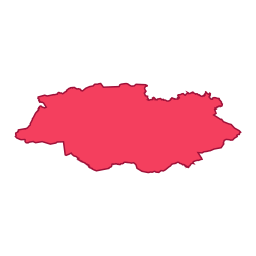 Taurenes pag., Vecpiebalgas, Latvia
{"feature_id": "27541924B70861266122116", "entity_name": "Taurenes pag.", "entity_type": "district", "adm_level": 2, "iso_a3": "LVA", "parent_name": "Latvia", "parent_adm1": "Vecpiebalgas", "projection": "natural_earth1", "projection_center": [25.678, 57.137], "detail": "fine", "context": "isolated", "style": "filled", "palette": "rose", "viewbox_px": 256, "rotation_deg": 0, "n_neighbors": 0, "source": "geoboundaries", "source_scale": "gbopen_adm2", "svg_char_len": 5656}
<svg xmlns="http://www.w3.org/2000/svg" viewBox="0 0 256 256"><path d="M38.5,109.9L37.3,111.2L37.5,111.2L35.6,113.1L33.2,117.8L32.5,118.5L32.3,119.8L30.2,123.8L30.3,124.8L30.1,125.2L29.3,125.7L28.2,127.1L27.3,128.0L25.3,128.9L25.2,128.7L18.4,129.9L18.2,130.6L18.4,131.1L18.1,131.6L17.7,131.7L17.6,132.1L15.7,133.1L15.7,134.3L16.1,135.0L16.1,135.5L15.4,136.4L16.7,137.9L20.0,139.4L21.2,139.7L24.8,139.5L25.2,139.9L25.0,141.2L25.4,142.0L26.1,142.7L27.2,142.9L27.6,142.7L28.2,142.8L29.4,142.1L33.3,141.5L33.6,141.8L35.6,142.7L42.2,141.6L50.3,144.1L55.9,143.0L57.2,142.0L63.5,141.8L65.2,154.8L66.1,155.3L69.0,154.2L71.2,153.1L72.3,154.6L73.9,155.9L76.3,156.6L77.3,157.5L77.5,158.0L78.7,158.3L78.6,158.6L78.2,158.7L78.2,158.8L77.8,159.1L78.2,159.3L78.2,159.6L78.6,159.6L78.6,159.8L79.4,160.3L80.0,160.4L80.1,160.8L81.0,161.0L80.9,161.2L81.1,161.4L81.3,161.3L81.4,161.6L82.0,161.4L82.9,162.2L83.7,162.3L84.1,162.6L84.9,162.8L85.2,163.4L85.9,163.7L86.1,164.0L86.9,164.5L87.1,164.8L87.5,164.8L87.6,164.5L87.8,164.6L88.0,164.9L88.5,165.1L88.3,165.2L88.2,165.7L88.5,165.8L88.6,166.1L89.2,166.6L88.9,166.7L88.9,167.0L89.7,167.6L89.9,167.6L90.0,167.8L92.1,168.5L92.0,168.8L93.6,169.7L96.4,170.8L108.9,168.4L109.2,167.7L111.4,166.6L111.5,166.4L112.1,164.1L112.9,164.0L113.3,164.3L113.7,164.0L115.1,164.1L115.5,163.7L116.7,163.8L117.2,164.3L118.2,164.1L118.9,164.5L120.2,164.5L120.4,164.1L120.9,163.7L122.0,163.8L122.9,163.5L123.5,163.2L123.7,162.6L124.9,162.2L127.1,162.4L127.1,162.5L129.8,162.7L131.4,163.1L133.6,162.7L135.7,164.4L136.1,165.2L137.0,168.3L142.0,171.3L147.9,172.5L148.9,172.5L150.3,172.0L152.3,172.2L154.2,171.4L154.9,171.4L155.9,172.1L158.8,172.4L161.0,170.6L163.4,170.9L165.4,169.8L168.9,166.9L170.5,165.9L171.7,164.3L173.4,163.7L174.5,163.6L175.2,163.3L175.8,163.4L176.1,162.9L177.5,162.3L178.8,162.4L179.9,163.4L181.6,163.8L182.5,164.7L182.9,164.8L183.6,164.5L184.1,164.7L184.3,165.0L184.8,165.1L184.8,165.3L185.0,165.4L185.2,165.7L185.5,165.8L185.3,166.0L185.3,166.3L186.2,166.3L186.7,166.5L186.9,166.7L186.8,166.9L187.3,166.7L187.6,167.2L188.3,167.5L188.6,167.4L188.5,166.8L189.0,166.2L189.5,166.0L190.0,165.6L190.8,164.1L192.2,163.3L192.9,163.3L193.6,163.5L192.9,162.6L193.2,161.9L193.5,161.6L195.7,160.7L197.6,160.3L198.5,160.4L201.0,159.4L202.0,159.3L201.4,157.8L201.1,157.5L198.0,152.6L202.1,152.9L203.9,151.8L207.0,151.4L209.1,150.8L209.9,150.8L214.2,149.0L221.2,147.7L223.8,143.9L223.3,143.0L223.7,142.2L224.2,140.4L226.1,139.4L229.4,139.7L230.4,140.1L232.7,140.0L234.4,138.2L237.2,136.5L236.8,135.3L238.7,134.3L239.3,134.4L239.8,132.7L240.6,132.2L239.2,130.7L234.5,128.1L231.2,124.5L228.6,123.8L223.4,121.7L221.6,119.3L220.8,119.5L213.7,115.0L216.1,113.4L214.7,109.8L215.5,109.5L215.0,109.3L215.6,108.8L215.2,108.4L215.4,108.2L215.3,107.9L215.8,108.0L216.5,107.8L216.7,107.5L216.9,107.5L217.0,106.9L217.3,106.7L217.7,106.9L218.1,106.8L218.9,106.1L219.9,106.0L220.1,106.4L220.3,106.1L221.7,106.1L222.3,104.9L222.2,104.3L222.3,104.0L221.5,103.5L221.4,103.0L221.5,102.2L220.0,100.2L219.6,100.0L219.1,99.2L219.2,98.7L218.9,98.4L217.6,98.4L215.4,97.7L213.9,97.6L212.5,98.1L212.3,98.4L212.5,99.1L212.3,99.2L211.2,99.2L210.4,98.7L210.2,98.2L209.3,97.3L209.1,96.7L210.1,95.8L209.6,95.2L209.7,94.7L210.2,94.5L210.3,94.2L210.4,93.9L210.1,93.4L209.6,93.2L209.4,94.0L208.7,94.3L206.8,93.2L206.4,92.3L205.7,92.0L205.7,92.4L205.3,93.4L204.6,94.2L205.1,94.8L205.1,95.0L204.6,95.3L204.0,95.2L203.6,95.4L203.8,95.6L204.4,95.6L204.2,95.9L203.6,96.0L202.9,95.9L202.2,96.4L201.9,96.2L201.2,96.3L200.1,95.4L199.4,95.4L199.3,94.9L198.8,94.9L198.3,94.6L197.9,94.6L197.4,93.9L196.3,93.8L195.6,94.1L195.2,93.7L194.2,93.3L192.9,92.1L192.4,92.2L192.3,92.8L191.3,92.7L190.4,93.4L188.8,93.6L188.5,93.6L188.3,92.9L187.5,92.5L187.9,93.1L186.4,93.9L185.5,95.0L185.2,95.2L184.4,94.8L183.2,93.6L181.7,93.9L180.5,94.6L178.2,94.8L177.8,95.7L178.5,96.3L178.6,97.1L179.1,97.3L179.2,97.5L177.9,97.6L178.6,98.5L178.3,98.7L178.3,98.4L178.0,98.4L177.6,98.5L177.3,98.9L175.5,99.2L174.3,99.1L174.2,98.9L174.3,98.7L173.8,98.7L172.5,98.0L171.8,97.9L171.7,98.1L172.0,98.2L171.7,98.7L171.0,98.8L170.5,99.2L170.6,99.7L170.2,100.2L168.6,101.0L167.9,101.1L166.6,100.9L165.8,100.3L164.9,100.0L163.8,100.2L163.4,100.0L163.5,99.6L163.4,99.4L161.5,99.7L160.9,98.8L160.4,98.5L157.4,99.1L157.4,99.6L157.2,99.8L155.1,99.6L155.2,99.3L155.1,98.6L153.9,97.5L153.5,97.4L152.5,98.1L152.9,98.9L152.9,99.3L152.8,99.5L150.4,99.7L149.0,100.3L148.3,100.0L149.0,99.9L148.2,99.2L148.2,98.8L147.4,97.6L147.6,96.3L145.4,95.8L144.4,93.2L144.7,93.1L144.8,92.7L145.3,92.3L145.2,91.8L145.8,91.5L146.0,91.2L145.0,89.8L144.6,88.5L144.6,88.0L145.6,86.3L146.1,86.1L146.8,86.2L147.1,86.0L147.2,85.6L146.8,85.3L145.2,84.7L136.1,84.3L134.0,86.0L132.6,86.0L132.4,86.2L131.4,86.1L129.7,85.3L129.1,84.9L127.9,84.0L126.7,83.6L125.2,83.6L121.1,84.2L119.8,84.9L119.2,86.5L118.9,86.6L103.4,87.2L100.7,83.5L99.1,83.7L97.6,84.2L94.9,84.2L94.0,84.9L93.4,85.7L92.9,86.0L89.6,86.6L85.7,88.3L82.6,90.9L81.1,90.6L80.9,90.4L80.9,90.0L80.2,89.2L79.3,89.1L79.1,88.9L78.5,88.7L78.0,88.9L76.7,88.9L76.2,88.5L75.4,88.3L74.7,87.5L72.8,87.5L72.5,87.9L72.0,87.6L70.7,87.7L69.9,88.1L70.0,88.3L69.8,88.4L68.6,88.6L67.8,89.5L66.6,90.3L66.5,91.3L64.3,92.4L63.6,93.3L62.9,93.6L62.5,93.7L61.4,93.0L60.0,93.1L59.5,92.6L58.4,92.5L57.4,93.5L57.4,94.1L54.4,94.7L53.8,94.6L47.2,96.0L44.7,95.2L38.2,97.0L38.0,98.5L38.8,99.0L39.2,99.8L38.8,100.4L39.1,100.9L39.8,101.3L39.5,101.8L39.8,102.2L40.7,102.0L41.7,102.3L42.4,102.3L43.6,103.0L46.2,107.2L44.6,107.9L42.8,107.2L42.4,107.3L41.1,106.1L40.2,106.1L39.8,106.4L39.6,106.9L38.9,107.4L39.1,107.7L38.7,108.2L39.1,108.3L38.9,108.7L38.2,109.1L38.5,109.9Z" fill="#f43f5e" stroke="#9f1239" stroke-width="1.5"/></svg>